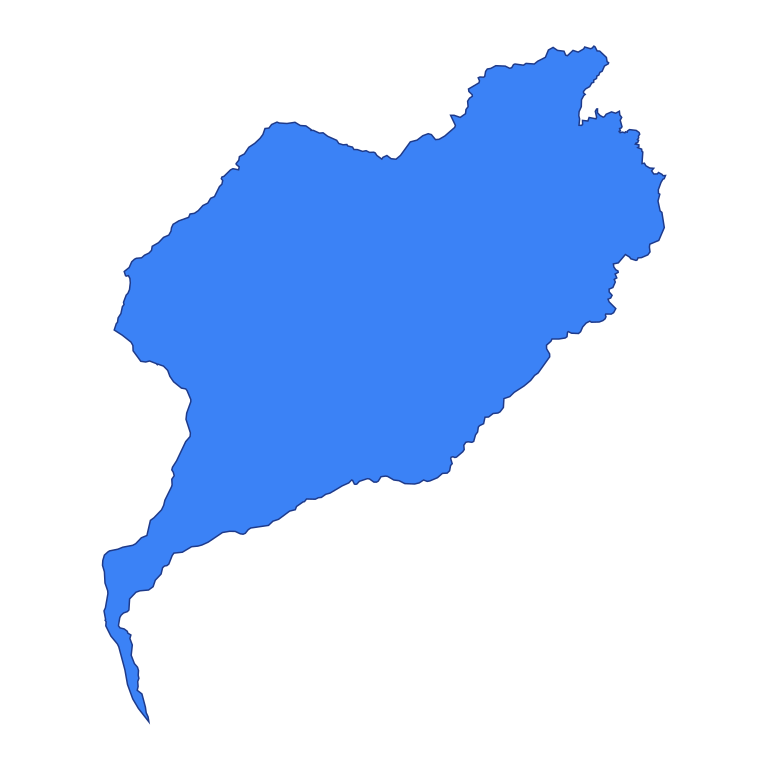 Herveo, Tolima, Colombia
{"feature_id": "7082276B3940342655765", "entity_name": "Herveo", "entity_type": "district", "adm_level": 2, "iso_a3": "COL", "parent_name": "Colombia", "parent_adm1": "Tolima", "projection": "albers", "projection_center": [-75.226, 5.036], "detail": "fine", "context": "isolated", "style": "filled", "palette": "blue", "viewbox_px": 768, "rotation_deg": 0, "n_neighbors": 0, "source": "geoboundaries", "source_scale": "gbopen_adm2", "svg_char_len": 6071}
<svg xmlns="http://www.w3.org/2000/svg" viewBox="0 0 768 768"><path d="M163.5,366.1L167.7,370.4L169.9,376.4L173.6,381.8L181.4,388.1L185.7,388.9L187.0,390.5L190.8,399.5L190.8,401.7L186.7,413.1L186.0,419.3L190.4,432.9L190.1,436.5L185.7,441.6L176.6,460.8L172.5,467.2L171.8,469.9L173.3,472.3L174.2,475.7L171.8,479.2L172.1,484.8L171.6,486.6L164.9,500.2L163.7,505.3L161.5,509.9L153.9,517.8L150.4,520.4L146.9,535.5L141.3,537.8L135.7,543.7L132.7,545.3L122.8,547.2L117.9,549.2L109.5,550.9L107.8,552.0L104.4,555.1L102.8,560.5L102.5,565.3L104.4,571.8L105.0,583.0L107.7,590.8L107.9,593.7L105.4,607.9L104.0,610.9L105.6,619.5L105.1,620.2L106.1,621.7L105.8,625.9L110.9,636.1L117.4,644.0L118.8,646.9L124.9,669.8L127.5,684.5L132.8,699.0L138.5,708.6L148.9,721.9L148.1,716.9L146.2,712.7L145.4,707.1L141.9,693.9L137.2,690.3L138.1,686.5L137.7,681.5L138.9,678.4L138.2,675.3L138.5,670.6L137.5,667.2L134.4,663.6L131.2,655.3L132.3,645.0L129.9,638.5L130.9,635.0L127.8,633.1L127.3,631.3L124.1,628.9L120.0,627.9L118.5,625.9L118.6,624.6L119.8,617.6L121.1,615.2L123.5,613.0L127.4,611.6L128.9,610.0L129.6,598.9L136.0,592.2L139.9,590.8L148.6,590.0L153.1,586.7L155.3,580.2L161.1,574.0L162.6,567.7L164.5,566.0L166.9,565.6L168.8,564.1L172.2,555.5L173.9,553.1L182.4,552.2L191.6,546.7L197.9,546.1L201.9,545.0L208.1,542.2L222.5,532.5L229.5,531.3L235.2,531.4L240.3,533.8L243.1,534.2L245.3,533.3L248.2,529.7L250.7,528.0L268.5,525.4L272.9,521.2L278.6,519.3L289.6,511.1L295.3,509.7L296.5,506.5L302.9,502.0L304.5,501.6L306.5,499.0L315.3,499.2L318.4,497.7L321.4,497.4L325.7,494.3L330.0,493.1L342.3,485.8L348.8,482.9L351.6,480.0L352.6,480.4L354.4,484.1L355.3,484.3L356.8,484.1L359.4,481.3L367.2,478.7L369.4,478.9L373.9,482.1L376.6,482.1L378.3,481.1L381.0,476.7L385.5,476.1L387.6,476.4L393.8,480.0L399.1,480.7L404.8,483.6L414.7,484.0L419.2,482.9L423.6,480.0L427.2,481.4L429.9,480.9L437.5,477.7L442.4,473.4L447.2,473.1L449.6,470.8L450.6,465.5L452.2,463.7L450.7,458.6L451.1,457.3L452.9,456.7L454.8,457.5L456.5,457.1L462.8,451.7L464.2,449.6L463.8,445.3L465.8,442.3L468.1,441.8L471.9,442.3L473.7,441.4L475.5,434.9L477.6,432.0L478.3,427.1L479.5,425.7L483.6,423.7L485.0,417.2L488.6,417.0L493.1,413.5L498.0,413.0L500.1,411.8L503.4,407.5L503.9,398.6L509.8,396.6L514.1,392.4L524.0,386.0L530.7,380.4L534.6,375.4L538.1,373.0L549.7,356.8L549.6,353.9L546.6,348.8L546.5,345.2L550.9,341.3L552.0,339.0L558.8,339.0L565.2,338.0L567.0,336.7L567.5,332.3L568.3,331.6L571.5,333.2L578.5,333.5L580.6,331.7L582.7,326.9L586.2,323.0L589.8,321.2L591.4,322.2L599.2,322.0L602.9,320.6L605.1,318.8L606.0,316.7L605.4,315.0L605.8,314.0L611.2,314.1L613.6,312.7L615.8,308.6L609.2,302.0L608.0,299.2L610.7,298.0L612.1,295.3L609.2,292.0L609.1,289.1L612.9,287.5L615.3,282.0L614.2,279.4L616.8,277.9L615.1,274.0L618.2,272.4L618.0,271.0L615.7,269.7L613.8,266.9L613.4,263.9L618.3,262.9L625.4,254.5L629.6,257.1L630.8,258.8L636.0,260.4L637.2,259.9L638.0,257.9L641.5,257.6L647.8,254.9L650.0,251.9L649.4,247.0L649.8,244.2L658.8,240.4L664.3,227.6L661.9,212.4L660.1,210.9L658.0,201.0L659.8,194.2L658.5,193.4L658.3,189.8L661.0,182.4L662.9,179.2L664.2,178.7L665.5,175.5L663.0,175.7L662.0,174.4L658.5,172.5L657.3,173.9L653.8,174.0L651.6,170.9L653.7,168.3L649.7,168.0L645.9,165.8L644.4,163.2L642.0,163.6L642.8,152.0L642.0,151.5L641.6,149.1L637.7,147.6L638.9,146.6L638.9,144.8L635.3,144.1L635.9,143.1L637.7,142.5L638.6,140.3L637.4,139.6L638.7,137.8L638.4,136.1L639.7,134.2L639.1,132.5L636.2,130.4L629.5,129.6L627.5,131.0L627.2,132.2L625.5,131.8L624.9,132.8L622.4,132.1L620.1,132.7L619.5,131.6L618.5,131.6L620.4,130.7L619.6,128.5L621.4,127.9L622.0,126.7L620.2,120.2L621.7,117.4L619.8,114.9L619.4,111.2L615.6,113.2L611.5,111.9L606.2,114.2L604.5,116.6L603.2,117.2L600.1,115.5L597.5,112.8L597.5,108.9L596.6,109.0L595.3,111.3L596.6,117.2L596.0,118.8L589.1,117.5L587.9,121.0L582.5,120.4L582.6,124.3L581.6,125.4L579.0,125.3L579.6,119.0L578.8,115.7L579.1,111.6L581.3,106.7L581.5,99.7L583.8,95.5L585.2,94.4L583.5,92.9L583.5,91.5L585.5,89.0L589.7,86.6L591.7,83.0L593.7,82.3L593.7,80.1L596.5,78.5L596.9,76.0L598.8,75.1L599.8,72.4L602.1,71.3L604.5,66.0L608.3,63.8L608.6,62.7L607.1,61.7L606.4,57.4L599.7,51.1L597.1,50.9L595.1,46.9L593.9,46.1L592.0,48.2L590.4,48.7L584.7,47.0L583.7,48.9L578.2,52.1L573.0,50.4L567.4,55.7L565.7,55.2L564.0,51.2L557.5,50.4L553.1,47.4L548.4,50.0L545.4,57.3L537.7,61.2L534.3,64.0L526.0,63.4L523.5,65.2L515.0,64.0L513.5,64.6L511.7,67.7L509.7,68.3L505.2,66.1L495.8,65.7L490.8,68.4L487.3,69.0L485.6,71.4L484.7,76.5L483.6,77.2L479.9,77.0L478.2,77.8L479.5,80.8L479.0,82.8L468.5,89.0L468.9,91.5L472.2,94.7L472.3,96.3L469.5,98.2L467.6,101.2L468.1,106.7L466.0,109.5L465.5,113.7L460.2,117.4L454.1,115.3L450.6,115.3L455.4,125.4L454.7,127.4L444.8,136.0L439.1,139.3L435.5,139.6L431.4,134.6L428.2,133.7L422.8,135.7L417.1,140.1L410.3,141.9L400.5,155.4L396.0,159.2L391.1,158.7L386.9,155.5L383.0,157.3L381.8,159.1L376.9,155.5L375.2,152.9L373.8,152.2L369.5,152.4L366.1,150.7L362.6,151.4L357.4,149.6L353.9,149.5L352.5,147.1L347.7,145.9L346.9,144.5L343.1,144.8L338.8,143.5L336.7,140.3L327.7,136.3L323.1,132.8L319.4,133.1L313.4,130.4L311.1,130.4L311.4,129.8L305.9,125.9L300.3,125.5L295.0,122.3L287.0,123.5L279.2,123.0L277.0,122.1L271.6,124.5L268.9,128.1L265.0,128.5L262.9,134.5L260.0,138.4L254.8,143.3L248.8,147.3L244.4,153.9L239.4,156.6L238.8,160.2L236.1,163.6L236.3,164.5L239.2,166.9L238.6,169.8L232.9,168.7L230.5,169.9L224.0,176.3L221.9,177.0L221.3,178.7L222.7,180.5L221.9,184.2L219.5,186.5L214.5,196.6L210.6,198.3L207.8,203.1L202.9,205.5L198.2,210.7L194.4,213.3L190.0,214.0L188.7,217.3L178.9,220.8L173.1,224.3L171.5,227.7L171.0,231.1L168.8,235.1L163.5,237.4L158.5,242.7L152.2,246.3L151.5,250.4L148.9,253.1L144.5,255.2L141.6,257.8L136.3,258.3L134.5,259.2L131.7,261.8L129.2,267.5L124.2,271.5L125.5,275.6L126.2,276.1L128.4,275.6L129.9,278.4L130.3,282.8L129.5,289.6L127.9,293.3L126.2,295.1L123.5,302.3L124.0,304.6L122.4,306.6L120.9,313.6L118.1,317.9L117.5,322.3L116.3,323.6L114.2,330.0L122.3,335.2L131.0,342.1L132.9,345.5L133.1,350.8L140.8,361.3L145.7,362.0L149.6,361.0L156.3,363.6L157.3,364.7L157.8,364.1L163.5,366.1Z" fill="#3b82f6" stroke="#1e3a8a" stroke-width="1.5"/></svg>